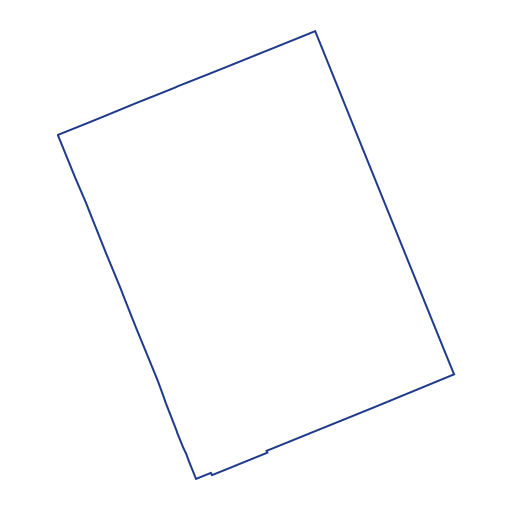 the district of Modoc, California, United States of America, rotated 248°
{"feature_id": "52423323B31115231658227", "entity_name": "Modoc", "entity_type": "district", "adm_level": 2, "iso_a3": "USA", "parent_name": "United States of America", "parent_adm1": "California", "projection": "mercator", "projection_center": [-120.863, 41.591], "detail": "fine", "context": "isolated", "style": "outline", "palette": "blue", "viewbox_px": 512, "rotation_deg": 248, "n_neighbors": 0, "source": "geoboundaries", "source_scale": "gbopen_adm2", "svg_char_len": 646}
<svg xmlns="http://www.w3.org/2000/svg" viewBox="0 0 512 512"><g transform="rotate(248 256 256)"><path d="M101.4,395.2L313.9,395.1L442.3,395.1L442.4,287.4L442.7,246.8L442.5,244.7L442.7,201.8L442.4,158.9L442.5,117.8L442.0,117.6L395.8,117.7L368.9,118.3L358.8,118.2L358.2,118.2L314.0,118.0L276.6,118.3L265.1,118.1L264.7,118.1L234.4,117.9L217.2,118.0L177.3,118.2L162.0,117.7L154.1,117.3L122.9,116.9L122.1,116.7L107.0,116.7L100.7,117.0L100.4,117.1L99.2,117.2L94.1,117.0L90.1,116.9L75.0,116.9L73.8,116.9L71.8,116.9L71.8,132.9L69.3,133.1L69.4,192.8L71.4,192.8L71.5,311.5L72.1,395.3L101.4,395.2Z" fill="none" stroke="#1e3a8a" stroke-width="2"/></g></svg>